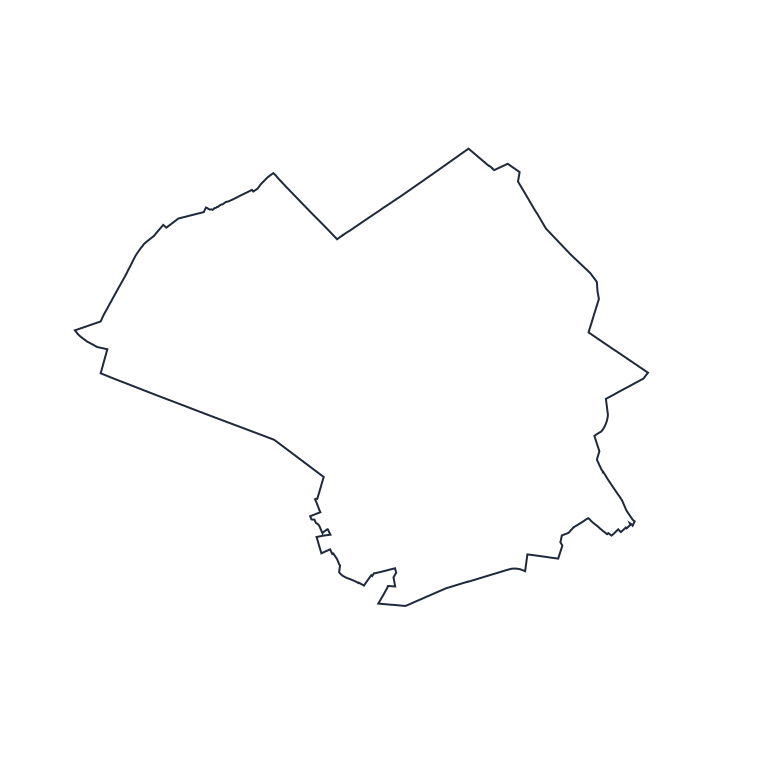 Woensdrecht, Noord-Brabant, Netherlands (Mercator projection), rotated 148°
{"feature_id": "6326949B40585384070761", "entity_name": "Woensdrecht", "entity_type": "district", "adm_level": 2, "iso_a3": "NLD", "parent_name": "Netherlands", "parent_adm1": "Noord-Brabant", "projection": "mercator", "projection_center": [4.343, 51.411], "detail": "fine", "context": "isolated", "style": "outline", "palette": "slate", "viewbox_px": 768, "rotation_deg": 148, "n_neighbors": 0, "source": "geoboundaries", "source_scale": "gbopen_adm2", "svg_char_len": 5698}
<svg xmlns="http://www.w3.org/2000/svg" viewBox="0 0 768 768"><g transform="rotate(148 384 384)"><path d="M187.6,538.8L231.2,536.3L232.1,536.2L233.8,536.2L239.6,535.9L241.0,535.8L242.6,535.7L244.9,535.6L247.4,535.5L250.8,535.3L253.0,535.2L255.3,535.1L256.9,535.0L258.9,534.9L261.2,534.8L262.6,534.7L266.8,534.5L268.4,534.4L278.8,534.1L284.6,533.9L288.4,533.8L290.9,533.8L297.4,533.4L298.8,533.4L305.4,533.2L313.5,532.9L331.2,532.2L331.5,532.2L333.4,532.2L336.2,532.2L336.5,532.2L337.1,532.2L340.3,531.9L340.3,532.2L342.7,531.9L343.5,531.9L344.3,531.8L346.3,531.7L347.1,531.6L347.3,532.8L347.7,534.6L347.8,535.1L349.1,541.4L349.5,543.5L352.1,555.2L355.0,567.9L359.7,589.9L362.7,604.1L364.9,615.3L365.3,618.6L366.2,621.5L372.9,621.0L382.7,618.7L387.5,616.7L392.9,616.5L393.1,618.6L398.8,619.1L403.9,619.7L411.2,620.3L415.6,620.8L417.8,621.1L419.2,621.3L421.7,622.2L424.0,622.0L425.6,621.9L425.8,621.9L425.9,622.0L426.0,622.1L426.4,622.3L426.6,622.4L426.9,622.4L428.1,622.5L428.9,622.4L429.7,622.4L430.3,622.3L431.2,622.2L431.8,622.6L432.0,622.6L433.1,622.5L433.8,622.7L434.5,622.9L434.9,623.0L435.9,622.6L437.2,622.6L437.7,623.5L438.8,624.0L439.5,624.4L440.7,626.9L441.4,628.0L445.5,625.5L445.7,625.3L454.8,628.2L470.7,633.3L485.7,631.9L486.9,635.9L489.1,635.2L493.3,633.9L494.6,633.5L497.4,632.6L499.4,631.9L500.5,631.5L501.1,631.4L501.5,631.4L501.8,631.3L502.1,631.3L508.1,630.7L510.3,630.4L512.4,630.1L512.9,630.0L513.3,629.9L514.0,629.7L514.5,629.5L516.0,628.8L517.3,628.5L519.7,627.5L521.5,626.8L522.8,626.2L524.1,625.7L526.6,624.5L527.7,623.9L528.4,623.4L529.9,622.6L531.7,621.5L532.7,620.9L534.8,619.6L536.4,618.6L538.4,617.4L540.7,616.1L543.0,614.6L545.1,613.4L546.8,612.4L557.8,606.4L565.0,602.4L576.2,596.1L584.8,591.3L585.5,590.9L586.0,590.6L591.1,587.2L603.4,590.0L617.7,593.3L617.1,588.1L616.3,585.2L613.4,577.6L607.6,567.3L600.2,560.1L618.6,543.2L609.8,531.1L593.5,509.3L581.4,493.1L558.1,462.3L549.2,450.5L521.1,413.8L506.7,394.9L484.4,337.1L488.8,333.2L492.6,329.8L501.4,322.0L501.8,322.4L502.0,322.6L502.4,322.7L503.6,322.8L504.2,318.4L504.3,318.1L505.7,310.8L505.9,309.0L514.0,310.5L516.7,311.0L517.3,307.7L517.2,307.5L517.0,307.4L516.8,307.2L516.2,306.7L514.9,305.9L515.3,302.3L515.2,302.0L514.9,301.5L514.4,300.3L514.3,300.0L514.2,299.4L514.1,298.8L514.1,298.6L514.0,298.4L515.2,290.2L515.1,290.3L514.9,290.4L513.6,290.5L509.9,290.8L509.3,290.8L508.9,290.8L508.7,290.7L508.6,290.3L508.9,288.6L509.1,286.4L509.3,284.6L515.2,287.3L517.6,288.2L522.3,290.0L522.8,287.9L525.0,280.3L526.8,273.6L521.5,272.9L519.7,272.6L519.0,272.6L517.3,272.4L518.0,267.3L516.8,267.2L516.6,260.2L516.8,259.2L517.6,254.6L517.4,254.0L517.5,253.3L519.0,251.6L521.8,248.2L521.6,246.4L520.7,243.3L520.4,242.7L518.5,239.5L517.7,238.4L516.7,237.2L515.8,236.0L515.3,235.3L513.8,233.2L513.5,232.8L513.0,232.0L511.1,228.7L510.7,228.9L509.9,227.5L507.8,223.7L502.0,226.2L496.1,228.6L495.7,227.4L493.0,228.7L492.8,228.8L491.9,228.3L486.5,226.4L472.3,221.9L473.7,217.5L475.8,216.4L478.4,215.0L481.8,206.4L483.9,207.9L487.7,210.6L489.4,209.3L497.8,204.7L499.8,203.7L501.0,203.0L502.2,202.4L505.2,200.8L495.7,193.6L492.4,191.2L484.4,185.1L483.7,184.6L482.8,184.3L478.5,183.6L476.0,183.3L470.0,182.4L465.4,181.7L463.3,181.4L461.6,181.2L459.1,180.8L457.5,180.5L453.6,180.0L445.8,178.8L441.9,178.2L440.4,178.0L439.0,177.7L437.9,177.4L434.9,176.6L417.7,172.0L417.8,171.8L403.7,168.0L397.7,166.4L388.2,163.8L379.5,161.5L374.5,160.0L373.0,159.4L371.9,158.8L370.5,157.9L369.8,157.4L368.6,156.5L368.1,156.0L367.3,155.3L366.5,154.5L363.5,150.5L352.7,163.5L347.9,159.6L343.5,155.9L340.6,153.5L337.7,151.1L335.2,148.9L331.0,145.4L330.7,145.2L328.8,143.6L325.9,146.1L322.9,148.6L318.4,152.4L318.3,153.3L318.3,156.3L313.8,160.9L313.5,161.3L313.2,161.3L306.6,160.0L306.4,160.0L306.2,160.0L300.3,161.7L300.1,161.8L299.9,161.9L299.6,161.9L299.4,161.9L299.3,162.0L299.1,162.0L298.9,162.0L298.3,162.0L294.3,161.9L290.3,161.9L289.9,161.9L288.9,161.9L288.1,161.9L286.2,162.0L283.5,162.1L282.6,162.0L282.2,161.9L281.9,161.9L281.2,159.8L281.0,158.4L280.6,156.8L279.5,153.5L278.2,149.9L278.0,149.4L277.4,147.1L276.7,145.0L276.1,143.1L275.4,141.2L274.9,139.8L274.7,139.1L274.4,138.4L273.8,138.5L272.8,138.7L271.4,134.9L269.5,135.1L262.4,136.6L261.6,132.9L255.0,134.1L254.7,133.0L249.5,134.0L249.3,135.6L248.8,134.4L248.6,134.1L248.4,133.4L248.2,132.1L244.2,134.7L244.7,135.8L244.8,136.3L245.0,137.0L245.0,137.5L245.1,137.9L245.4,146.6L245.4,147.7L245.4,148.6L245.2,149.9L245.0,151.2L243.8,159.0L243.9,164.5L244.0,165.3L244.4,174.5L244.2,174.6L244.4,174.6L244.6,181.0L244.7,183.8L244.7,186.4L244.7,188.4L244.6,189.6L244.7,192.4L244.7,192.7L244.7,193.4L245.0,193.4L244.8,193.7L244.7,193.7L244.9,196.0L244.5,199.8L244.4,200.9L244.3,201.4L244.2,201.8L243.6,207.0L241.8,208.6L237.0,212.8L236.3,215.6L233.1,228.5L231.2,228.6L229.3,228.7L226.3,228.6L225.7,228.6L225.1,228.6L224.4,228.8L223.5,229.1L222.4,229.5L220.6,230.4L219.8,230.8L219.0,231.3L217.4,232.4L216.2,233.3L214.7,234.5L213.9,235.3L212.8,236.4L212.0,237.3L211.5,237.8L210.9,238.6L210.4,239.3L203.7,253.8L194.7,253.2L188.7,252.9L162.4,251.2L162.0,251.1L161.8,251.1L161.5,251.1L161.2,251.1L160.8,251.2L160.4,251.4L160.0,251.5L157.5,252.5L154.1,253.7L154.8,255.2L170.2,290.0L170.6,290.7L172.5,295.0L172.7,295.5L177.9,307.3L182.2,317.1L183.2,319.3L181.0,321.3L174.8,326.6L169.3,331.4L167.2,333.2L165.7,334.5L157.3,341.7L157.1,341.9L156.9,342.0L156.7,342.3L156.6,342.5L153.8,349.5L153.7,349.7L149.4,357.8L150.3,368.6L150.4,369.2L150.6,369.9L157.1,394.9L164.3,430.0L163.8,448.6L164.0,449.3L163.4,469.8L163.1,484.7L156.7,491.8L162.4,505.2L177.2,507.0L177.6,508.0L178.0,509.3L177.8,509.4L179.1,513.4L179.3,513.6L179.6,513.6L187.6,538.8Z" fill="none" stroke="#1e293b" stroke-width="2"/></g></svg>